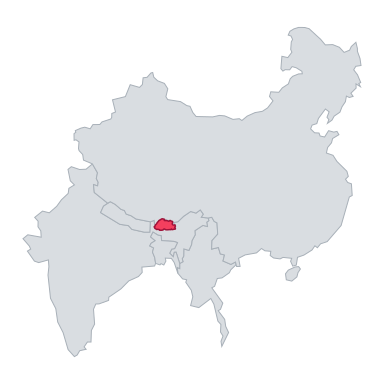 Bhutan highlighted, orthographic projection
{"feature_id": "BTN", "entity_name": "Bhutan", "entity_type": "country or territory", "adm_level": 0, "iso_a3": "BTN", "parent_name": "Asia", "parent_adm1": "", "projection": "orthographic", "projection_center": [90.584, 27.506], "detail": "fine", "context": "with_neighbors", "style": "filled", "palette": "rose", "viewbox_px": 384, "rotation_deg": 0, "n_neighbors": 5, "source": "natural_earth", "source_scale": "50m", "svg_char_len": 6758}
<svg xmlns="http://www.w3.org/2000/svg" viewBox="0 0 384 384"><path d="M229.4,272.7L222.0,277.9L217.3,278.5L214.6,286.3L211.8,287.8L222.8,303.1L220.5,309.3L218.2,310.7L224.7,319.4L225.7,326.4L228.6,332.5L221.8,346.4L221.0,341.3L223.0,336.0L220.5,332.0L220.9,324.5L217.9,321.1L213.9,304.2L210.8,298.5L198.8,307.6L190.6,305.6L192.8,296.8L191.3,290.3L185.8,282.3L186.6,279.7L182.6,278.9L177.8,273.2L177.3,267.5L179.7,268.6L179.7,263.5L183.0,261.7L182.2,258.7L183.7,256.2L183.8,248.9L188.9,250.4L191.6,244.4L191.9,240.9L195.2,234.8L194.9,230.7L202.9,225.4L207.5,226.5L206.7,222.2L208.8,220.7L208.2,218.0L211.8,217.3L214.2,221.4L217.0,222.9L217.7,234.2L212.0,240.6L211.6,249.1L218.4,247.5L220.3,253.9L224.5,255.0L223.0,261.0L230.9,264.4L235.5,262.0L235.9,264.9L230.7,269.9L229.4,272.7Z" fill="#d9dde1" stroke="#a8b0b8" stroke-width="1"/><path d="M208.2,218.0L208.8,220.7L206.7,222.2L207.5,226.5L202.9,225.4L194.9,230.7L195.2,234.8L191.9,240.9L191.6,244.4L188.9,250.4L183.8,248.9L183.7,256.2L182.2,258.7L183.0,261.7L179.7,263.5L176.1,252.2L174.3,252.3L173.3,256.8L169.7,253.2L171.7,249.1L174.6,248.6L177.5,242.6L173.8,241.4L161.6,240.6L161.1,235.6L158.0,235.2L153.0,232.1L150.6,236.9L155.2,240.7L151.1,243.3L149.7,245.9L153.6,247.9L152.5,252.1L154.7,257.5L155.6,263.4L154.6,266.0L141.9,267.1L142.2,272.4L138.5,276.5L128.8,280.9L120.9,288.9L108.8,297.2L108.6,300.4L99.0,303.9L95.8,304.0L93.5,309.2L94.6,324.1L91.4,330.4L91.0,342.0L87.4,342.0L84.1,346.9L86.1,349.3L79.7,350.7L77.2,355.0L74.4,356.6L68.1,349.6L63.1,332.6L57.7,322.0L55.8,308.7L50.5,298.3L48.0,275.1L48.9,266.6L48.4,259.9L38.7,262.6L34.4,261.1L27.4,251.1L30.7,249.1L29.3,246.0L23.0,238.7L27.8,234.8L41.2,237.2L40.8,230.9L38.0,226.8L38.1,221.2L34.7,217.4L42.5,211.1L49.3,212.8L56.7,206.3L61.5,199.7L68.2,193.4L68.9,188.3L74.4,184.9L70.3,180.8L68.0,169.4L71.3,166.7L79.6,169.5L86.1,169.2L92.4,163.9L97.5,172.8L96.3,178.5L98.2,182.3L97.6,185.9L93.5,184.6L94.3,192.5L107.7,203.2L103.5,206.2L100.6,212.6L119.8,224.3L128.4,225.6L131.9,229.4L144.4,232.2L149.8,232.2L150.3,221.8L154.2,220.4L154.8,227.4L160.5,230.2L164.6,229.1L175.1,229.3L175.5,224.9L172.9,222.7L178.0,221.7L183.6,216.3L190.7,211.5L196.0,213.1L200.3,209.9L203.4,214.2L201.4,217.3L208.2,218.0Z" fill="#d9dde1" stroke="#a8b0b8" stroke-width="1"/><path d="M179.7,263.5L179.7,268.6L177.3,267.5L177.8,273.2L174.2,262.5L171.4,258.4L165.3,258.1L165.9,261.1L163.8,265.0L161.0,263.6L160.0,264.9L155.6,263.4L154.7,257.5L152.5,252.1L153.6,247.9L149.7,245.9L151.1,243.3L155.2,240.7L150.6,236.9L153.0,232.1L158.0,235.2L161.1,235.6L161.6,240.6L173.8,241.4L177.5,242.6L174.6,248.6L171.7,249.1L169.7,253.2L173.3,256.8L174.3,252.3L176.1,252.2L179.7,263.5Z" fill="#d9dde1" stroke="#a8b0b8" stroke-width="1"/><path d="M150.3,221.8L149.8,232.2L144.4,232.2L131.9,229.4L128.4,225.6L119.8,224.3L100.6,212.6L103.5,206.2L110.3,201.7L115.1,204.3L120.9,209.3L124.4,210.5L126.2,214.1L131.0,215.7L136.0,219.0L150.3,221.8Z" fill="#d9dde1" stroke="#a8b0b8" stroke-width="1"/><path d="M291.8,281.1L286.3,279.8L285.5,273.8L288.3,270.1L295.0,267.0L298.6,266.6L300.4,269.0L298.0,272.6L296.9,276.9L291.8,281.1ZM111.7,117.5L111.8,113.5L115.5,112.0L112.5,99.8L125.4,96.6L130.2,84.7L139.5,87.4L142.4,84.5L143.1,77.8L147.1,77.3L150.9,73.0L152.7,72.5L153.8,77.2L157.6,80.8L164.4,83.4L167.8,88.8L165.9,96.7L167.7,99.6L180.5,101.6L186.8,105.6L190.0,106.3L192.8,112.5L196.1,116.5L212.7,116.9L219.5,115.4L224.7,115.9L233.0,119.4L239.3,118.7L241.9,120.5L247.2,116.1L255.0,112.6L262.4,111.3L267.6,107.9L273.0,100.9L269.5,96.5L270.8,91.8L278.8,92.3L282.3,87.9L288.4,83.9L290.2,78.8L292.7,76.3L298.7,73.9L302.3,73.8L301.9,71.3L296.3,67.8L292.1,66.6L289.7,69.8L285.1,69.7L282.9,71.1L280.9,68.7L281.9,56.3L287.8,57.6L291.9,52.2L290.7,49.4L291.3,41.9L292.6,39.4L291.0,36.0L288.2,35.1L289.9,31.3L293.9,28.9L298.6,27.4L304.8,27.5L309.1,28.7L320.7,39.4L325.3,44.9L332.7,44.6L339.4,47.3L344.1,52.4L349.6,50.2L351.3,46.5L355.9,42.3L357.4,48.5L357.4,51.3L360.0,58.5L361.0,65.5L355.8,66.3L353.7,69.8L357.5,74.8L360.7,82.5L358.8,83.5L360.4,86.7L356.0,83.9L356.1,88.1L350.9,93.2L353.1,96.4L349.3,97.5L346.4,96.1L345.4,101.7L342.0,106.8L339.9,112.2L334.2,116.1L331.9,120.2L327.4,123.4L328.9,119.6L327.0,117.3L329.1,111.8L325.4,109.0L318.4,118.5L316.8,123.6L312.1,125.1L310.6,128.9L314.6,132.8L319.0,133.0L320.1,136.0L324.6,137.0L328.6,130.7L333.8,132.1L337.0,131.4L338.9,134.7L332.6,138.5L331.5,142.8L327.6,147.5L326.4,153.0L333.0,155.3L337.0,161.5L346.9,171.3L348.3,176.4L345.5,179.2L347.7,182.5L351.4,183.8L352.2,195.5L349.3,197.0L341.1,225.5L327.2,241.6L320.6,243.8L317.4,247.7L314.9,245.8L312.0,250.0L303.9,255.1L297.5,257.3L296.3,265.1L292.8,266.1L290.6,261.3L291.7,258.3L283.0,257.4L280.1,258.9L273.6,258.0L270.2,255.5L270.8,251.3L264.9,250.8L261.5,248.5L256.5,252.9L245.2,254.9L238.6,258.3L240.1,266.4L236.6,266.5L235.5,262.0L230.9,264.4L223.0,261.0L224.5,255.0L220.3,253.9L218.4,247.5L211.6,249.1L212.0,240.6L217.7,234.2L217.0,222.9L214.2,221.4L211.8,217.3L208.2,218.0L201.4,217.3L203.4,214.2L200.3,209.9L196.0,213.1L190.7,211.5L183.6,216.3L178.0,221.7L172.9,222.7L170.1,220.8L162.3,218.9L158.9,220.7L154.7,226.0L154.2,220.4L150.3,221.8L136.0,219.0L131.0,215.7L126.2,214.1L124.4,210.5L120.9,209.3L115.1,204.3L110.3,201.7L107.7,203.2L94.3,192.5L93.5,184.6L97.6,185.9L98.2,182.3L96.3,178.5L97.5,172.8L92.4,163.9L83.5,160.1L82.7,154.5L79.1,150.7L78.5,148.6L79.0,141.9L76.0,139.8L74.1,140.3L74.0,133.7L75.8,132.3L75.3,130.6L81.0,128.1L84.8,127.2L90.2,128.8L92.9,124.6L99.8,124.5L102.0,121.9L110.8,119.0L111.7,117.5Z" fill="#d9dde1" stroke="#a8b0b8" stroke-width="1"/><path d="M172.5,222.8L172.3,223.3L172.2,223.8L172.3,224.2L172.7,224.7L173.2,225.0L173.9,225.0L174.6,224.9L174.8,224.9L175.2,225.6L175.4,226.1L175.1,226.6L174.9,227.1L174.8,227.4L174.9,227.6L175.1,227.9L175.3,228.3L175.4,228.8L175.2,229.0L174.9,229.2L174.6,229.2L174.3,229.2L173.9,229.2L173.4,229.4L172.8,229.6L171.8,229.6L171.5,229.1L171.3,229.1L170.4,229.7L169.4,229.6L167.6,229.8L166.9,229.8L166.1,229.8L165.7,229.7L165.0,229.3L164.4,229.0L163.7,229.2L163.5,229.3L163.0,230.0L161.8,230.2L160.7,230.3L160.3,230.2L159.7,230.2L159.7,229.9L159.3,229.6L158.8,229.6L158.2,229.4L157.9,229.3L156.7,229.5L156.1,229.1L155.3,228.6L154.9,228.4L154.8,227.7L154.6,227.4L154.3,227.2L154.2,226.9L154.3,226.6L155.1,226.0L155.2,225.9L155.5,224.8L156.0,224.4L156.5,223.9L156.9,223.1L157.6,222.2L158.4,221.3L158.9,220.6L159.3,220.3L160.0,219.9L160.6,219.7L161.1,219.2L161.6,219.0L162.1,218.8L162.9,218.9L163.6,219.1L164.4,219.3L164.5,219.5L164.4,219.9L164.3,220.2L164.3,220.4L164.4,220.5L165.2,220.6L166.2,220.5L166.7,220.6L167.9,220.9L168.3,221.1L168.7,221.3L169.0,221.2L169.5,220.9L169.9,220.5L170.2,220.5L170.5,220.6L170.8,220.9L171.6,221.2L172.3,221.4L172.6,221.6L172.5,222.5L172.5,222.8Z" fill="#f43f5e" stroke="#9f1239" stroke-width="1.5"/></svg>